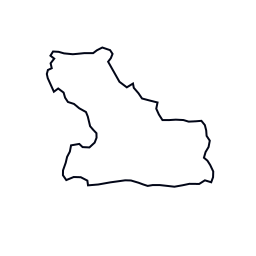 Holambra, São Paulo, Brazil, rotated 108°
{"feature_id": "56859067B86866322913045", "entity_name": "Holambra", "entity_type": "district", "adm_level": 2, "iso_a3": "BRA", "parent_name": "Brazil", "parent_adm1": "São Paulo", "projection": "robinson", "projection_center": [-47.067, -22.63], "detail": "fine", "context": "isolated", "style": "outline", "palette": "ink", "viewbox_px": 256, "rotation_deg": 108, "n_neighbors": 0, "source": "geoboundaries", "source_scale": "gbopen_adm2", "svg_char_len": 1237}
<svg xmlns="http://www.w3.org/2000/svg" viewBox="0 0 256 256"><g transform="rotate(108 128 128)"><path d="M84.2,137.0L89.7,141.7L86.7,150.4L71.1,167.4L66.9,165.9L62.3,165.6L59.5,169.1L59.4,177.3L63.7,181.6L67.6,184.3L70.3,192.7L72.9,198.6L74.9,203.3L76.8,211.9L77.0,217.5L78.4,222.9L83.2,224.1L84.8,219.6L90.4,221.6L94.7,219.0L97.6,222.1L101.7,221.9L105.3,219.8L116.4,209.7L112.0,206.6L114.2,200.2L118.6,197.2L121.8,193.2L121.8,186.8L124.3,180.5L125.8,172.9L129.5,169.8L138.0,164.6L140.5,160.5L142.7,156.4L147.0,154.9L152.2,155.2L158.4,158.7L160.2,165.3L158.2,169.4L162.1,176.8L168.4,176.0L174.3,177.0L180.3,176.5L188.4,176.7L193.0,175.3L196.6,170.6L191.4,164.5L189.4,157.7L190.6,150.4L194.9,148.3L190.9,138.8L185.1,127.9L181.0,119.4L178.6,114.5L177.0,109.0L176.8,101.1L177.0,96.1L177.0,91.4L174.7,87.0L172.4,79.9L170.9,72.6L169.5,65.7L165.6,58.4L162.1,52.3L159.2,43.0L154.0,38.7L153.9,32.1L148.5,31.9L143.0,33.5L137.8,38.4L134.5,42.4L132.8,46.6L126.9,46.8L121.2,45.5L114.8,46.3L111.2,50.8L106.1,52.9L101.5,55.8L98.5,60.4L100.7,65.7L103.2,72.3L103.3,77.7L105.3,85.1L107.9,91.7L109.8,97.7L105.6,102.8L100.9,107.1L94.6,107.8L95.2,116.5L95.6,123.8L91.7,128.8L88.0,134.9L84.2,137.0Z" fill="none" stroke="#020617" stroke-width="2"/></g></svg>